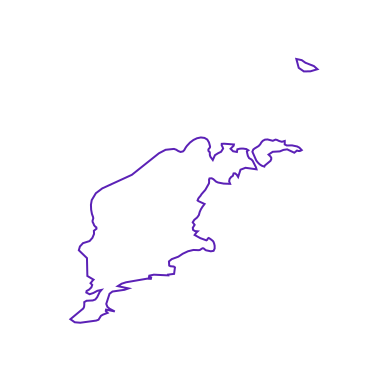 the County of Gotland, rotated 12°
{"feature_id": "SWE-193", "entity_name": "Gotland", "entity_type": "County", "adm_level": 1, "iso_a3": "SWE", "parent_name": "Sweden", "parent_adm1": "", "projection": "natural_earth1", "projection_center": [18.734, 57.653], "detail": "fine", "context": "isolated", "style": "outline", "palette": "violet", "viewbox_px": 384, "rotation_deg": 12, "n_neighbors": 0, "source": "natural_earth", "source_scale": "10m", "svg_char_len": 3221}
<svg xmlns="http://www.w3.org/2000/svg" viewBox="0 0 384 384"><g transform="rotate(12 192 192)"><path d="M243.3,147.8L244.9,148.9L249.4,154.5L250.4,156.4L239.3,157.2L234.8,160.1L234.0,167.7L232.2,165.8L230.2,164.8L228.8,165.2L228.6,167.7L227.1,169.3L226.1,171.4L226.1,173.8L227.6,176.1L221.2,177.2L215.5,177.3L213.5,176.9L210.2,175.0L208.4,174.5L206.3,175.1L206.1,176.4L206.6,178.2L206.8,180.1L204.6,187.1L201.8,192.1L201.0,194.2L200.3,195.4L199.5,197.1L199.2,199.1L200.2,199.6L206.8,201.1L205.3,204.3L204.3,207.1L203.7,209.9L203.5,213.2L202.3,215.9L200.0,218.8L199.0,221.5L201.4,223.6L200.2,226.8L200.9,228.8L202.9,229.6L205.7,229.3L204.9,230.4L203.5,233.5L209.7,235.4L216.1,236.3L216.8,235.6L217.1,234.3L217.9,233.5L219.9,234.2L222.5,235.5L223.3,236.2L224.3,237.7L225.3,239.8L225.9,242.6L225.3,245.1L222.7,246.1L217.8,246.1L217.2,245.9L215.4,244.9L214.4,244.7L213.6,245.2L211.7,247.1L210.7,247.5L205.4,248.4L200.4,250.8L195.8,254.3L192.1,258.1L186.1,261.9L183.9,264.7L185.0,268.7L186.3,269.1L189.6,268.7L191.0,269.3L191.5,275.8L185.8,277.8L186.1,278.5L171.9,280.8L167.6,282.7L167.6,284.2L169.8,284.2L169.8,285.5L166.1,286.1L146.3,294.0L142.3,296.3L139.0,299.5L150.0,299.5L146.3,301.7L134.9,305.9L132.5,308.7L131.4,319.3L133.1,321.9L135.6,323.3L141.3,324.9L132.4,324.9L132.4,326.3L134.6,327.8L130.5,330.4L128.7,332.0L127.1,336.4L125.0,337.7L109.9,343.1L104.4,343.8L99.5,341.7L109.9,328.5L110.3,326.8L110.1,324.7L109.5,322.1L111.5,320.3L117.5,318.7L119.8,317.2L121.1,314.6L122.5,309.0L123.8,306.6L120.0,308.3L116.5,311.3L113.1,313.3L109.5,312.3L109.5,310.7L111.6,308.9L113.4,306.2L113.7,303.6L111.7,302.3L112.3,301.2L113.2,299.3L113.9,298.2L107.1,295.9L103.0,278.5L93.4,272.5L93.7,268.6L96.0,264.7L102.0,261.3L104.1,257.6L104.9,253.4L104.1,250.3L106.2,247.8L105.8,246.5L104.3,245.8L103.0,244.7L102.5,243.8L101.0,241.9L100.7,240.8L100.9,238.2L100.4,237.0L98.7,234.3L97.0,230.2L95.8,225.5L95.6,220.8L98.2,213.2L103.5,207.1L129.6,187.7L151.6,161.0L157.4,156.2L165.4,153.6L167.7,153.9L170.1,154.8L172.5,155.2L174.7,154.2L175.7,152.7L176.6,149.8L177.5,147.8L179.8,144.0L182.6,140.8L185.7,138.4L189.3,136.8L193.0,136.5L196.0,137.5L198.3,140.0L200.2,143.7L200.3,144.7L199.9,145.5L199.4,146.3L199.2,147.1L199.5,148.3L200.2,148.9L201.0,149.3L201.3,150.0L201.7,152.0L202.6,153.6L205.7,156.4L206.8,151.2L209.5,148.6L212.1,146.6L213.4,143.0L212.6,141.7L211.3,140.1L211.1,138.7L213.3,138.1L223.1,136.8L223.1,138.1L220.7,141.7L223.7,143.6L227.6,143.5L227.5,140.8L230.0,139.6L233.1,138.9L236.2,138.7L238.4,139.5L237.2,140.8L238.0,142.7L239.1,145.0L240.8,147.0L243.3,147.8ZM280.2,125.6L285.4,125.6L287.8,126.3L290.6,128.2L289.6,129.1L288.6,129.6L287.4,129.8L286.1,129.6L283.9,132.3L276.2,130.5L272.7,131.8L269.5,134.0L262.6,135.9L259.1,139.5L261.2,140.8L262.4,142.0L262.7,143.4L262.3,145.2L257.7,151.0L257.5,152.1L254.9,151.8L252.5,150.9L250.3,149.5L248.3,147.8L242.7,140.1L243.1,137.7L244.3,136.3L247.6,133.2L248.8,131.2L249.5,129.1L250.6,127.2L252.5,125.6L255.0,124.9L260.4,125.1L262.8,123.4L264.2,123.4L266.6,124.0L269.5,124.2L272.1,122.8L272.8,126.2L275.0,126.8L280.2,125.6ZM289.2,45.8L282.8,49.3L276.4,50.8L270.6,48.4L266.4,40.2L271.9,40.2L276.1,42.0L285.1,43.5L289.2,45.8Z" fill="none" stroke="#5b21b6" stroke-width="2"/></g></svg>